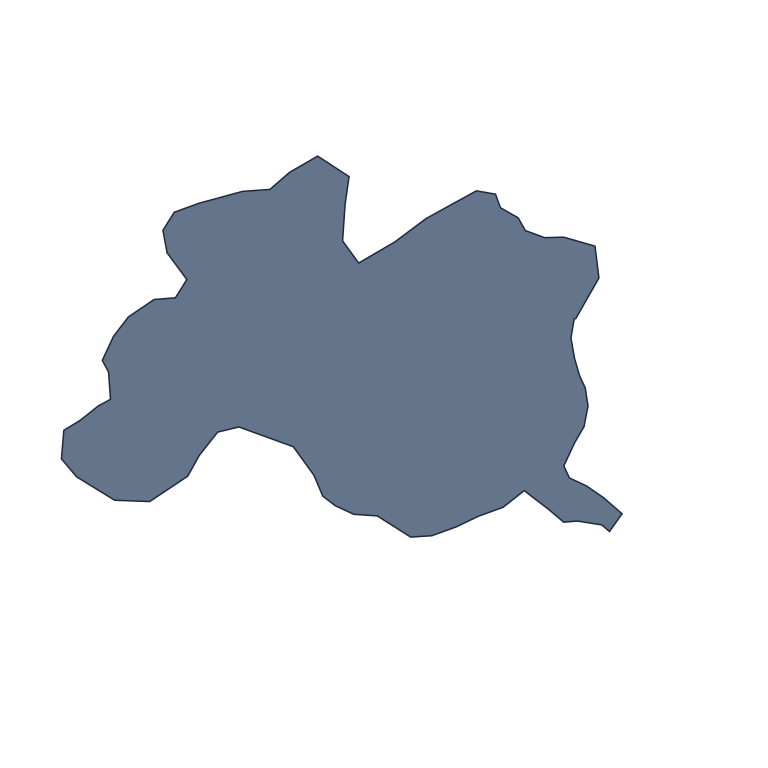 outline of Changnyeong-gun, South Gyeongsang, South Korea, rotated 115°
{"feature_id": "91817680B39611758954351", "entity_name": "Changnyeong-gun", "entity_type": "district", "adm_level": 2, "iso_a3": "KOR", "parent_name": "South Korea", "parent_adm1": "South Gyeongsang", "projection": "mercator", "projection_center": [128.494, 35.525], "detail": "fine", "context": "isolated", "style": "filled", "palette": "slate", "viewbox_px": 768, "rotation_deg": 115, "n_neighbors": 0, "source": "geoboundaries", "source_scale": "gbopen_adm2", "svg_char_len": 1119}
<svg xmlns="http://www.w3.org/2000/svg" viewBox="0 0 768 768"><g transform="rotate(115 384 384)"><path d="M422.4,117.3L401.0,113.4L394.2,137.2L390.8,157.6L390.8,176.2L382.3,186.4L356.8,186.4L338.1,184.7L317.7,189.8L302.4,200.0L293.9,210.2L280.3,222.1L263.3,234.0L248.1,238.2L244.6,239.1L243.6,237.8L197.1,234.0L169.9,251.0L175.0,283.3L183.5,300.3L185.2,320.7L176.7,332.6L175.0,353.0L164.8,363.2L169.9,381.9L195.4,400.6L207.7,409.5L216.1,415.7L250.6,434.2L285.1,458.1L271.8,482.0L237.3,495.3L210.8,503.3L205.5,540.5L232.0,559.0L255.9,569.7L269.2,593.6L292.7,621.4L298.4,628.1L317.0,646.7L338.2,649.3L356.8,636.0L372.7,606.8L394.0,609.5L404.6,628.1L431.2,644.0L455.1,649.3L481.6,649.3L483.9,646.3L489.6,638.7L513.5,625.4L524.1,633.4L545.3,644.0L561.3,654.6L588.2,644.7L598.1,623.2L603.2,579.0L589.6,546.7L550.5,522.9L526.7,521.2L497.9,514.4L484.3,497.4L479.2,439.7L496.2,409.1L511.5,392.1L514.9,376.8L514.9,356.4L506.4,334.3L511.5,295.2L501.3,276.5L482.6,257.8L463.9,242.5L445.2,223.8L421.4,211.9L428.2,181.3L433.3,162.7L426.5,150.8L419.7,127.0L422.4,117.3Z" fill="#64748b" stroke="#1e293b" stroke-width="1.5"/></g></svg>